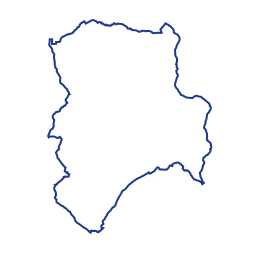 Nehoiu, Buzau, Romania (orthographic projection), rotated 184°
{"feature_id": "2599482B62990087944995", "entity_name": "Nehoiu", "entity_type": "district", "adm_level": 2, "iso_a3": "ROU", "parent_name": "Romania", "parent_adm1": "Buzau", "projection": "orthographic", "projection_center": [26.301, 45.424], "detail": "fine", "context": "isolated", "style": "outline", "palette": "blue", "viewbox_px": 256, "rotation_deg": 184, "n_neighbors": 0, "source": "geoboundaries", "source_scale": "gbopen_adm2", "svg_char_len": 5801}
<svg xmlns="http://www.w3.org/2000/svg" viewBox="0 0 256 256"><g transform="rotate(184 128 128)"><path d="M208.2,198.0L206.8,196.7L206.7,196.3L206.8,194.0L206.4,191.3L205.6,188.6L205.5,185.9L204.9,184.8L204.8,183.3L204.4,182.8L203.2,181.8L203.0,181.3L202.9,180.5L203.0,179.3L200.9,176.5L198.9,173.4L199.1,172.0L198.9,168.7L198.2,167.9L196.6,167.1L194.9,165.6L193.0,163.5L191.3,162.3L191.0,161.0L189.6,159.7L189.5,158.6L189.1,157.9L188.6,157.6L189.7,156.8L190.7,154.2L192.1,152.1L192.0,150.7L191.3,150.1L191.1,149.5L190.3,149.0L190.4,148.7L191.1,148.3L191.6,147.2L192.0,146.5L192.5,146.1L192.6,145.7L193.5,145.5L194.5,144.2L195.6,144.0L195.8,143.7L195.9,142.9L196.8,142.4L196.9,141.3L197.3,140.1L199.1,139.2L200.7,139.0L201.2,138.6L201.3,138.1L203.2,136.3L203.7,135.4L203.9,134.9L203.8,133.2L202.2,130.8L202.6,126.7L202.5,125.9L202.2,125.3L202.3,124.6L202.4,123.8L203.3,121.9L204.8,121.0L205.4,120.1L205.7,118.5L206.2,117.7L206.3,116.7L206.9,115.4L207.0,114.3L206.4,113.2L205.6,114.1L203.0,114.1L201.5,114.4L199.7,114.0L198.3,113.1L196.6,113.3L196.1,113.7L195.8,114.4L195.4,114.4L195.0,114.2L194.5,113.4L193.3,112.4L194.5,107.4L195.5,105.1L195.7,102.5L195.3,102.1L197.1,100.3L198.1,98.4L198.1,98.1L196.9,96.0L196.4,93.8L195.7,92.6L195.2,92.4L192.2,88.6L190.5,86.9L190.5,86.6L189.6,86.0L188.6,84.7L188.2,84.4L187.6,84.3L188.1,80.4L187.0,79.8L185.3,79.6L185.5,78.7L184.9,78.7L184.4,77.9L183.3,77.6L183.9,76.1L183.9,75.3L185.7,75.1L187.4,75.0L187.6,75.2L188.7,74.7L188.9,74.0L188.7,73.8L190.8,71.3L193.9,68.5L194.2,68.5L195.0,67.2L195.4,66.8L196.5,66.3L196.0,66.0L196.4,65.6L197.0,64.4L197.3,63.7L197.4,62.2L196.7,60.5L195.4,58.6L195.4,57.0L195.0,56.2L196.1,53.6L196.1,53.3L195.2,52.2L194.4,51.8L194.2,49.2L194.0,48.9L191.0,47.3L189.1,45.9L186.9,45.3L186.6,45.1L186.1,44.2L184.2,43.5L181.7,41.1L181.1,40.7L180.1,40.6L178.5,37.8L175.3,34.9L174.7,33.1L174.2,32.1L173.7,31.3L172.5,30.1L169.7,28.6L164.6,25.3L162.9,24.7L160.2,22.7L159.9,22.0L158.8,21.6L158.0,21.0L157.8,22.0L157.1,22.6L157.4,23.0L157.1,23.1L154.9,22.7L154.3,23.2L153.6,23.0L152.8,23.2L151.2,22.0L150.6,21.8L150.2,22.0L150.0,22.9L149.0,23.0L148.3,23.7L147.7,24.6L146.6,25.4L145.8,26.4L147.0,26.6L147.5,27.0L147.8,27.5L147.7,28.9L145.8,30.6L146.8,33.1L146.1,34.3L145.2,35.1L144.9,35.6L144.1,37.6L143.1,39.0L143.1,39.6L142.1,41.7L139.4,44.9L137.9,47.5L136.3,48.4L135.2,49.8L134.9,51.7L134.4,52.7L134.2,53.8L133.5,55.6L133.1,56.3L132.8,57.2L132.4,57.6L132.4,58.0L130.0,62.7L129.6,64.1L129.1,64.7L128.4,65.5L127.4,66.0L125.9,67.3L123.3,71.2L117.7,76.3L114.0,78.9L112.6,79.4L111.2,80.5L109.3,81.5L104.2,85.1L104.0,84.3L103.7,84.1L102.6,84.1L101.3,85.0L100.7,85.5L98.6,86.9L97.2,89.3L95.9,90.8L94.9,90.7L94.0,89.7L93.9,89.2L93.0,88.8L92.2,89.1L91.2,88.9L86.4,89.2L85.1,90.7L84.5,91.6L84.0,92.9L83.5,93.4L82.5,93.8L81.8,93.1L81.1,93.2L81.1,94.6L80.2,95.7L77.2,96.8L75.6,97.0L74.3,96.5L73.6,95.9L72.6,95.6L72.0,94.7L70.3,93.6L70.3,92.7L70.6,91.4L69.4,90.0L68.6,89.5L68.0,90.0L66.6,89.4L66.0,89.9L65.0,89.5L62.8,87.2L61.9,85.2L60.9,84.5L60.2,83.2L58.5,81.4L57.6,81.3L56.8,80.9L52.6,79.8L50.9,78.7L50.1,77.1L49.1,77.8L48.5,78.5L50.0,80.0L50.9,81.5L50.9,82.2L51.5,83.3L52.4,84.5L52.6,86.3L53.1,87.6L53.1,88.6L52.1,89.9L51.2,92.0L51.0,92.6L51.0,93.7L50.5,94.9L50.7,96.0L50.1,96.6L49.5,98.2L49.6,99.2L50.5,100.6L50.9,100.9L50.7,103.6L49.5,104.4L48.5,105.8L48.0,106.2L46.8,106.6L46.2,107.7L45.4,108.3L44.3,110.3L44.0,111.5L44.1,111.9L44.6,112.5L44.6,112.8L43.9,113.1L43.6,113.7L43.7,115.6L44.3,116.3L43.9,117.1L44.3,118.0L45.8,119.9L46.8,120.2L48.1,121.1L47.9,121.7L48.7,122.7L48.4,125.5L48.7,126.2L48.7,127.1L48.9,128.3L49.5,129.2L50.5,131.8L51.5,132.7L52.3,133.6L52.3,134.1L51.9,134.7L51.9,135.8L51.0,138.1L51.0,138.8L51.3,139.6L50.5,141.7L50.4,142.5L50.0,147.4L48.4,149.2L48.2,149.9L47.0,152.2L46.8,153.4L46.8,154.4L48.1,155.9L48.0,157.1L49.4,158.6L55.1,162.6L56.0,162.9L57.1,164.2L59.4,164.3L61.4,165.0L62.8,164.5L63.5,164.5L66.0,162.3L71.8,162.5L75.8,164.3L77.8,164.9L78.6,166.7L80.0,167.9L81.3,170.2L82.9,171.5L83.8,173.1L84.2,174.4L84.1,174.9L83.9,176.4L82.9,181.0L81.9,183.5L82.0,184.5L83.0,185.9L83.7,187.6L83.8,188.6L82.8,189.9L82.6,190.7L83.7,192.0L83.7,193.9L84.4,194.7L84.0,195.1L84.0,195.4L84.3,196.1L83.8,197.5L84.0,201.0L85.1,202.3L86.1,204.5L86.0,206.1L86.6,208.6L86.3,209.9L85.5,211.7L85.0,214.3L83.1,217.9L82.7,219.5L82.7,220.8L83.4,222.7L84.9,224.4L85.7,224.9L88.7,226.1L89.4,228.9L89.8,229.7L90.4,230.4L91.3,230.9L92.3,232.1L94.1,232.9L94.8,233.7L96.9,234.4L97.9,235.0L100.2,231.5L100.9,230.8L101.5,229.6L102.4,229.0L102.5,228.7L102.2,227.5L101.0,225.5L102.4,225.0L104.7,225.2L106.6,224.7L107.8,224.8L109.3,224.3L110.3,224.6L110.4,224.9L111.1,225.5L112.4,226.0L113.1,226.0L113.6,226.2L116.1,226.1L117.0,225.7L118.0,226.1L120.4,226.0L121.0,225.9L121.9,225.2L123.2,224.8L124.6,225.0L126.5,225.9L131.1,226.1L131.6,226.8L132.3,227.4L133.1,226.9L133.8,227.3L135.3,227.3L135.7,227.8L135.9,228.6L140.6,231.1L141.6,231.3L144.8,231.3L145.2,231.5L146.9,230.6L147.7,231.1L149.3,231.5L149.7,230.4L151.2,230.1L151.7,229.2L153.3,228.7L153.6,228.7L153.9,229.2L154.3,229.2L155.5,228.7L156.3,228.8L156.7,229.1L156.6,229.4L156.9,229.6L157.1,229.6L157.2,229.1L157.5,228.9L157.9,229.1L158.5,229.1L161.1,230.8L161.5,230.9L161.9,230.5L162.1,230.8L162.1,231.4L162.7,231.7L164.5,231.6L165.6,230.7L167.3,232.3L169.8,233.1L171.3,233.1L177.5,229.2L178.8,231.3L179.2,231.3L180.4,230.5L181.6,229.3L181.9,229.4L183.0,228.2L183.8,225.8L184.1,225.4L185.2,225.1L185.6,224.1L186.0,223.8L186.1,223.2L187.7,221.9L188.1,221.3L188.4,221.2L188.8,220.2L189.7,219.5L190.0,218.9L192.0,217.9L192.8,218.0L193.5,217.3L194.6,217.3L200.3,213.9L201.1,212.7L201.7,209.9L202.1,209.2L205.7,208.7L205.6,207.0L209.6,206.4L209.9,211.2L212.3,210.9L212.2,207.9L212.4,205.1L209.4,201.9L209.3,201.1L208.9,200.4L208.8,199.2L208.2,198.0Z" fill="none" stroke="#1e3a8a" stroke-width="2"/></g></svg>